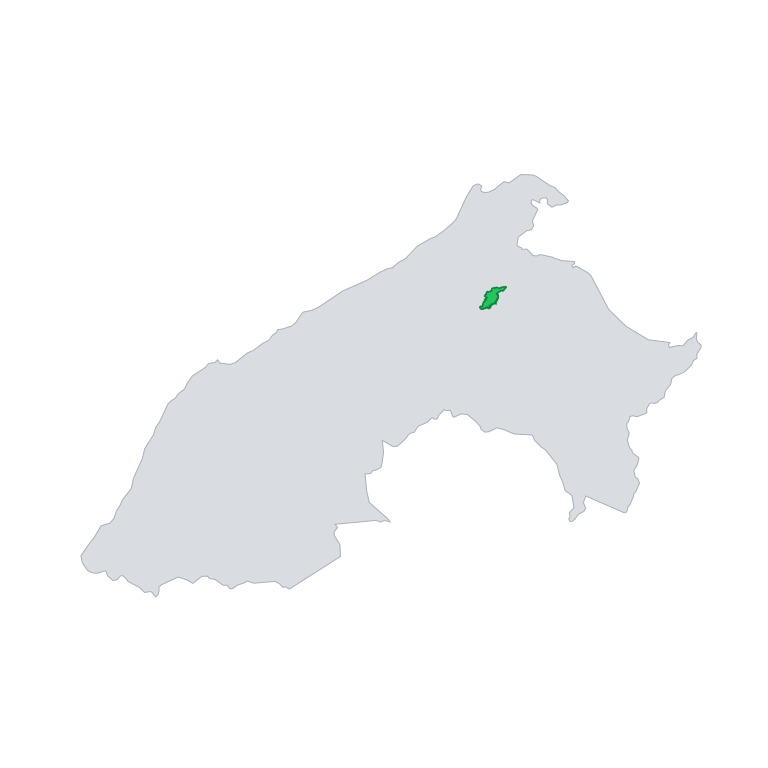 Rioja, San Martín, Peru shown in context, rotated 84°
{"feature_id": "86281439B49407103225288", "entity_name": "Rioja", "entity_type": "district", "adm_level": 2, "iso_a3": "PER", "parent_name": "Peru", "parent_adm1": "San Martín", "projection": "robinson", "projection_center": [-77.409, -5.821], "detail": "fine", "context": "in_parent", "style": "filled", "palette": "green", "viewbox_px": 768, "rotation_deg": 84, "n_neighbors": 0, "source": "geoboundaries", "source_scale": "gbopen_adm2", "svg_char_len": 8213}
<svg xmlns="http://www.w3.org/2000/svg" viewBox="0 0 768 768"><g transform="rotate(84 384 384)"><path d="M540.2,211.0L540.0,213.3L537.5,214.4L535.1,212.7L531.7,213.3L526.7,208.0L514.5,208.8L509.1,215.0L501.1,216.3L492.3,219.1L482.3,220.3L466.6,230.2L463.1,234.2L456.0,240.0L450.2,241.9L447.3,259.8L441.6,270.2L439.4,276.0L442.4,284.6L442.4,288.8L439.2,292.2L436.6,292.6L431.2,296.3L423.2,304.2L421.8,310.2L424.4,318.2L423.5,319.1L416.9,320.7L417.0,325.1L415.7,326.8L421.2,333.2L424.3,334.8L424.5,336.4L424.0,338.0L422.7,338.7L422.6,340.1L426.6,344.9L429.5,354.4L435.3,359.1L435.4,362.1L437.1,365.2L440.1,367.4L447.2,377.0L447.3,381.4L439.9,391.6L452.0,391.6L465.4,395.0L467.2,396.7L468.8,401.3L469.0,404.3L471.7,406.7L471.4,412.3L489.0,412.4L500.3,411.0L518.9,393.9L521.8,392.5L520.2,396.2L520.0,398.9L521.0,401.8L518.8,406.0L518.4,447.4L521.8,445.2L526.0,449.1L529.2,449.3L539.3,444.6L551.0,445.4L578.0,499.5L575.5,503.1L575.6,505.9L572.3,508.3L568.9,512.7L568.5,534.2L565.7,540.7L567.3,544.1L568.7,550.9L571.2,555.0L571.8,557.7L571.5,558.7L567.7,561.0L567.4,564.9L560.6,572.6L559.3,577.8L556.7,579.5L556.2,585.3L562.3,594.9L558.2,600.6L554.5,609.0L560.5,626.7L563.0,629.3L565.7,629.1L569.7,630.7L571.9,633.3L566.8,636.7L566.0,638.1L566.3,643.9L560.8,648.4L553.4,659.5L551.5,660.1L547.7,663.4L547.1,665.1L547.7,666.7L550.8,670.0L551.1,674.1L545.7,679.1L542.0,679.6L540.6,681.0L542.1,687.8L542.0,691.0L540.9,694.6L538.2,698.5L530.3,702.7L523.2,703.4L511.2,693.2L507.4,689.0L495.5,680.3L493.7,671.2L489.7,666.7L482.3,663.4L476.5,658.7L472.2,656.5L461.4,646.2L451.5,643.0L433.1,632.2L423.1,628.6L410.4,618.5L403.5,615.7L398.0,611.0L381.3,601.0L378.6,597.8L376.1,592.9L372.4,589.9L368.2,583.1L362.0,579.1L356.0,573.8L348.7,559.6L345.2,556.4L345.0,549.9L342.5,547.0L346.1,544.9L348.4,534.8L347.2,529.8L338.7,516.3L337.1,510.7L330.9,500.3L328.6,494.1L323.7,489.6L321.6,485.7L318.8,484.0L318.7,479.3L316.8,470.2L314.0,465.6L304.1,457.1L303.1,447.8L300.9,441.3L287.1,415.2L279.1,390.2L272.4,376.2L269.6,368.2L269.4,363.9L264.4,356.5L261.7,349.7L250.5,336.6L244.0,322.1L243.1,317.8L238.6,309.8L231.5,299.4L227.9,295.2L206.3,282.4L196.1,274.5L194.9,270.5L195.4,268.2L197.7,266.0L200.7,267.7L202.6,267.0L204.1,264.1L204.1,259.8L202.2,254.2L195.3,243.5L197.1,238.6L190.0,226.1L191.7,214.0L193.3,210.9L203.7,198.6L206.6,193.4L211.1,190.1L215.7,185.2L221.2,181.4L222.7,182.7L224.4,189.2L224.1,193.6L225.7,198.5L221.8,202.9L217.7,202.0L216.1,203.1L215.5,205.2L216.1,208.5L217.2,209.9L220.3,210.0L216.2,216.5L216.5,217.8L219.4,218.9L222.2,217.3L225.1,213.6L226.9,213.1L237.4,219.4L242.3,218.6L246.1,221.6L246.5,226.1L251.8,235.1L259.6,237.3L261.0,236.6L262.8,233.2L264.5,232.7L264.8,227.7L271.7,222.4L272.7,218.7L271.7,216.1L271.9,214.1L275.8,202.3L277.1,201.1L278.3,197.3L279.8,195.0L282.1,181.7L284.0,181.8L285.8,184.9L287.9,184.1L286.8,181.1L287.1,180.1L294.7,169.5L297.1,167.2L333.5,152.6L351.6,137.6L367.6,116.6L372.6,95.4L374.5,96.9L377.5,96.4L376.5,87.8L377.2,83.7L377.1,82.5L372.1,77.4L370.1,71.8L365.8,68.6L365.9,67.4L370.6,68.6L374.7,68.1L378.3,64.6L381.0,64.9L386.9,69.7L391.3,70.1L392.8,73.6L397.1,76.1L403.2,83.4L405.9,91.4L405.7,92.8L408.4,97.0L414.4,99.0L420.2,104.9L426.4,106.7L429.1,112.1L430.8,113.7L431.6,116.8L430.6,120.3L431.5,122.2L436.1,125.4L439.9,125.5L440.8,127.0L442.9,135.8L441.5,140.2L442.1,142.7L447.1,144.8L448.6,146.7L452.6,147.1L458.4,145.2L465.4,147.9L470.9,146.9L473.4,146.2L476.0,144.3L478.1,144.3L483.7,138.7L485.2,138.3L491.2,140.8L496.2,144.6L502.4,143.9L504.9,141.5L509.4,140.2L517.5,144.9L519.3,147.1L521.5,147.5L530.1,152.2L531.7,154.1L536.3,155.9L537.2,157.4L536.9,159.1L516.5,195.1L522.8,198.1L528.7,196.3L531.7,198.7L534.0,204.5L538.6,208.4L540.2,211.0Z" fill="#d9dde1" stroke="#a8b0b8" stroke-width="1"/><path d="M302.8,271.5L303.0,271.9L303.2,272.0L303.6,272.3L303.9,272.6L304.1,272.6L304.4,272.7L304.6,272.6L305.2,272.7L305.3,272.9L305.2,273.5L305.5,273.8L305.6,273.7L305.9,273.7L306.1,273.5L306.4,273.9L306.4,274.2L306.5,274.3L306.9,274.4L306.9,274.6L307.0,274.8L307.6,274.5L307.8,273.9L307.9,273.7L308.5,273.5L308.6,273.2L308.6,272.9L308.9,272.5L309.0,272.6L309.1,272.8L309.2,273.2L309.4,273.4L309.7,274.1L309.8,274.1L309.9,274.3L310.0,274.3L310.3,274.7L310.4,274.4L310.6,274.3L310.6,273.8L310.7,273.7L310.9,273.8L311.1,273.8L311.4,273.9L311.6,274.6L311.8,274.8L311.7,274.9L311.9,275.3L312.2,275.1L312.5,275.1L312.8,275.7L312.9,276.5L313.3,276.5L313.6,276.6L313.8,276.9L314.0,277.0L314.6,277.2L314.9,277.5L315.2,277.4L315.6,277.4L315.8,277.4L316.0,277.6L316.2,277.8L316.4,277.7L316.5,277.6L316.8,278.0L317.0,278.2L317.1,278.4L317.2,278.6L317.3,278.8L316.8,279.3L317.0,279.6L317.0,280.1L317.5,280.7L318.1,280.7L318.6,280.4L318.6,280.2L318.8,279.9L319.1,279.9L319.2,279.7L319.4,279.9L319.7,279.6L319.6,279.2L319.8,278.9L319.7,278.4L319.9,278.2L319.5,277.7L319.7,277.4L319.8,277.2L319.6,277.1L319.5,276.9L319.4,276.7L319.4,276.4L319.2,276.5L319.2,276.3L319.2,276.0L319.1,275.9L319.1,275.7L319.3,275.6L319.3,275.1L319.2,275.1L319.2,275.3L319.0,275.2L318.9,275.0L319.0,274.9L318.9,274.5L319.0,274.5L319.0,274.3L318.8,274.1L318.8,273.9L319.0,273.9L319.0,273.7L318.9,273.7L319.0,273.5L319.0,273.3L318.9,273.3L319.0,273.2L318.8,273.2L318.8,272.9L318.8,273.0L318.7,272.9L318.9,272.9L318.9,272.7L319.0,272.6L318.9,272.6L319.1,272.6L318.9,272.5L319.0,272.3L319.1,272.5L319.2,272.4L319.2,272.2L319.2,271.9L319.3,271.8L319.2,271.7L319.0,271.8L319.2,271.6L319.1,271.3L319.1,271.2L319.2,270.9L319.3,270.9L319.2,270.8L319.2,270.7L319.2,270.4L319.0,270.5L319.0,270.3L318.8,270.2L318.9,270.4L318.9,270.5L318.6,270.3L318.4,270.6L318.3,270.4L318.2,270.6L317.9,270.7L318.0,270.4L317.8,270.4L317.7,270.3L317.3,270.4L317.4,270.2L317.2,269.9L316.9,269.8L316.8,269.7L317.0,269.3L316.8,269.3L316.6,268.9L316.5,269.0L316.4,269.0L316.3,268.7L316.2,268.7L316.3,268.6L316.0,268.5L316.0,268.3L315.9,268.1L316.0,268.1L316.2,267.9L316.2,267.7L316.0,267.4L315.9,267.3L315.9,267.0L315.7,267.0L315.8,266.8L315.7,266.6L315.9,266.7L315.8,266.4L315.8,265.7L315.6,265.7L315.6,265.4L315.6,265.5L315.2,265.5L315.4,265.5L315.3,265.3L315.5,265.3L315.4,265.0L315.2,265.0L315.2,264.9L315.3,264.8L314.9,264.9L315.0,264.6L314.8,264.7L314.6,264.6L314.6,264.4L314.3,264.4L314.3,264.2L314.5,264.2L314.4,264.0L314.1,264.3L314.1,264.2L313.9,264.0L313.9,264.3L313.7,264.3L313.7,264.1L313.3,263.9L313.2,264.0L313.1,263.9L312.9,263.8L312.9,263.6L312.8,263.1L312.6,263.3L312.5,263.2L312.5,262.8L312.3,262.8L312.3,263.0L312.1,263.0L311.9,262.9L312.1,262.8L312.0,262.5L311.9,262.5L311.7,262.6L311.8,262.4L311.6,262.3L311.5,262.5L311.2,262.4L311.0,262.2L310.6,261.3L310.3,261.3L310.3,261.5L310.1,261.4L309.9,261.4L309.9,261.6L309.6,261.5L309.4,261.3L309.2,261.5L308.8,261.3L308.7,261.4L308.4,261.1L308.1,261.1L307.9,261.1L307.7,261.3L307.7,261.5L307.9,261.5L307.6,261.8L307.4,262.0L307.2,261.8L307.2,262.0L306.8,262.1L306.8,262.3L306.5,262.4L306.6,262.5L306.5,262.4L306.3,262.4L306.2,262.3L306.1,262.6L305.9,262.5L306.0,262.4L305.8,262.1L305.6,262.1L305.6,261.8L305.6,261.6L305.3,261.5L305.1,261.0L304.9,261.0L304.8,260.9L304.5,260.5L304.3,260.1L304.3,259.8L304.4,259.6L304.2,259.5L304.2,259.4L304.1,259.1L304.0,258.9L303.8,258.8L303.8,258.7L303.7,258.5L303.7,258.4L303.5,258.2L303.4,257.9L303.5,257.8L303.4,257.7L303.3,257.3L303.5,257.1L303.5,256.9L303.5,256.7L303.8,256.4L303.7,256.3L303.8,256.1L303.8,255.9L303.6,255.5L303.3,255.4L303.3,255.2L303.2,255.2L302.8,254.7L302.6,254.7L302.4,254.5L302.2,254.2L302.1,253.9L301.9,253.8L301.8,253.7L301.4,253.1L301.0,252.9L300.7,252.4L300.6,251.8L300.6,252.1L299.9,252.8L300.0,253.0L300.3,253.3L300.5,253.7L300.4,253.9L300.0,254.1L299.8,254.3L299.8,254.8L300.0,255.2L300.1,255.3L300.3,255.6L300.0,256.2L300.0,256.5L300.4,257.5L300.5,257.7L300.4,258.0L300.7,258.1L300.8,258.5L300.9,258.9L300.8,259.4L300.4,259.9L300.4,260.0L300.5,260.1L300.4,260.3L300.3,260.6L299.9,261.2L299.9,261.4L299.8,261.6L299.7,261.7L299.7,262.4L300.0,262.6L300.2,263.1L300.1,263.6L300.0,263.8L299.8,263.9L300.2,264.5L299.9,265.1L300.0,265.8L300.1,266.3L300.4,266.5L300.6,266.8L300.8,266.8L301.0,267.0L301.6,267.0L301.9,267.0L302.2,267.0L302.6,267.3L302.6,267.5L302.5,268.3L303.1,268.8L303.1,269.7L303.3,270.1L303.5,270.3L303.3,271.0L302.9,271.3L302.8,271.5Z" fill="#22c55e" stroke="#15803d" stroke-width="1.5"/></g></svg>